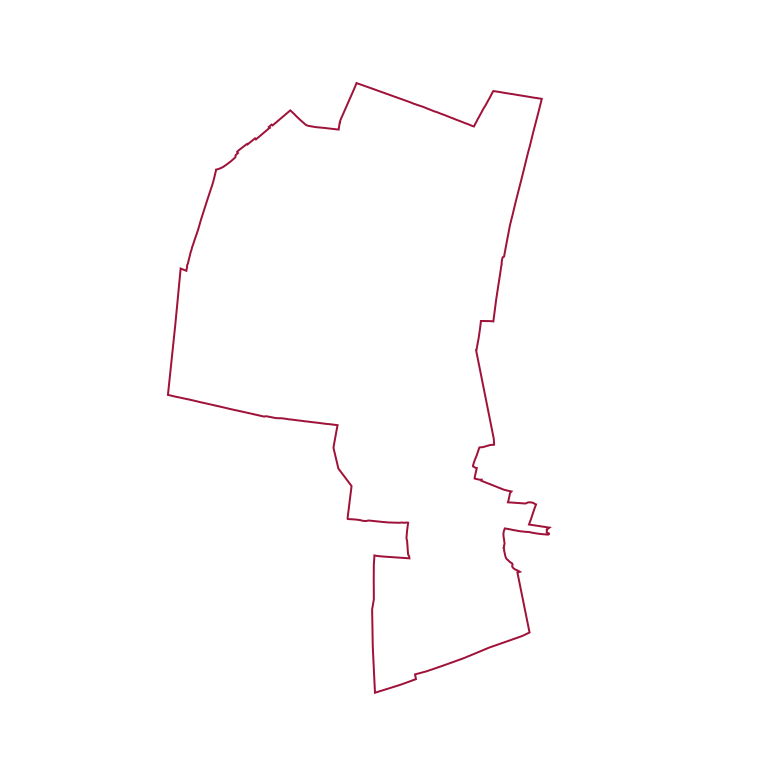 Poiana Mare, Dolj, Romania (Equal Earth projection), rotated 348°
{"feature_id": "2599482B19436472970368", "entity_name": "Poiana Mare", "entity_type": "district", "adm_level": 2, "iso_a3": "ROU", "parent_name": "Romania", "parent_adm1": "Dolj", "projection": "equal_earth", "projection_center": [23.107, 43.895], "detail": "fine", "context": "isolated", "style": "outline", "palette": "rose", "viewbox_px": 768, "rotation_deg": 348, "n_neighbors": 0, "source": "geoboundaries", "source_scale": "gbopen_adm2", "svg_char_len": 5976}
<svg xmlns="http://www.w3.org/2000/svg" viewBox="0 0 768 768"><g transform="rotate(348 384 384)"><path d="M311.0,684.1L320.7,683.2L337.7,681.6L353.9,679.3L354.0,674.5L365.6,673.9L383.6,671.7L405.3,668.7L432.0,663.7L466.2,659.3L466.5,659.3L474.7,657.3L475.3,596.1L477.8,595.9L476.7,594.9L475.3,593.8L473.7,592.6L472.7,591.6L471.9,590.5L471.6,589.7L471.6,589.2L471.5,588.9L471.6,588.4L471.8,588.1L472.0,587.9L472.1,587.7L472.2,587.2L472.2,586.8L472.2,586.6L472.1,586.4L472.0,586.2L471.9,586.0L471.6,585.7L471.0,585.1L470.5,584.6L470.1,584.2L469.8,583.8L469.5,583.4L469.2,582.8L468.7,582.1L468.2,581.5L467.8,581.0L467.5,580.4L467.1,579.4L466.9,577.2L466.9,575.6L466.9,574.9L466.9,574.4L466.9,573.8L466.9,573.4L466.8,572.8L466.9,571.9L467.0,571.3L467.1,570.8L467.2,570.5L467.1,570.1L466.9,569.8L466.9,569.6L466.9,569.4L466.9,569.2L467.1,569.1L467.2,568.8L467.3,568.6L467.5,568.4L467.5,568.1L467.7,567.6L467.8,567.2L467.8,566.9L468.3,566.3L468.6,565.6L468.8,565.0L468.8,564.0L469.1,561.4L469.1,560.4L469.2,559.7L469.2,559.1L469.2,558.4L469.2,558.0L469.3,557.3L469.4,556.9L469.5,556.0L469.8,555.1L470.3,553.5L471.8,550.9L472.2,550.4L478.1,552.8L479.7,553.6L481.0,554.1L482.0,554.4L482.9,554.8L484.3,555.5L485.1,555.8L486.2,556.2L487.4,556.6L492.6,558.3L494.7,558.8L495.5,559.1L497.6,560.1L502.4,562.0L506.1,563.3L507.7,563.8L511.0,564.8L513.3,565.5L514.3,565.0L514.2,564.4L513.3,564.2L513.1,563.5L512.6,563.3L512.4,563.1L512.5,562.8L512.4,562.6L512.4,562.4L512.5,562.2L512.6,561.9L512.9,561.1L512.9,560.6L512.9,560.2L513.2,560.0L513.5,560.0L514.2,559.8L514.6,559.4L514.9,559.1L515.0,559.0L515.5,559.0L515.8,559.0L516.0,558.9L496.6,551.6L499.7,546.7L504.7,538.1L507.7,533.4L507.4,533.2L506.5,532.6L506.0,532.0L504.7,531.0L504.6,530.9L503.4,530.5L503.0,530.4L502.6,530.2L502.0,530.0L501.5,529.9L500.9,529.9L500.5,529.8L499.5,529.9L498.9,530.1L498.1,530.3L497.6,530.2L497.1,530.2L489.4,528.0L483.5,526.3L482.3,526.0L480.6,525.5L480.7,525.3L481.2,524.5L481.8,523.2L482.2,522.3L483.6,519.2L484.0,518.2L484.5,517.1L485.2,516.4L486.3,515.6L484.5,514.8L481.8,513.6L480.3,512.8L479.4,512.4L459.1,498.9L459.6,497.9L456.8,497.3L456.2,496.8L455.3,496.4L454.3,496.1L453.0,495.2L454.0,492.6L457.3,485.5L455.9,484.9L455.7,484.7L455.2,484.2L453.9,483.0L454.0,482.6L455.6,479.5L456.9,477.4L459.7,473.3L463.8,466.4L464.0,466.2L464.2,465.9L466.1,466.1L467.5,466.3L469.2,466.2L470.8,466.1L474.2,465.8L475.2,465.8L476.6,465.9L478.9,466.3L479.0,466.3L479.2,465.7L480.0,460.2L481.1,370.0L481.5,370.0L486.3,358.3L488.9,351.3L490.3,347.3L491.2,344.7L491.9,342.5L497.2,343.7L501.5,344.7L504.0,345.5L504.4,344.3L510.2,327.8L511.0,325.5L515.8,312.7L519.6,302.8L523.5,292.3L523.5,292.2L523.8,291.8L523.9,291.7L524.0,291.4L524.2,291.0L524.2,290.7L524.1,290.4L524.2,289.9L525.7,286.1L525.8,285.8L526.0,285.5L526.3,284.9L526.8,284.6L527.5,284.4L527.8,284.4L528.0,284.2L531.6,275.4L540.2,254.9L545.5,244.1L550.0,234.6L557.3,219.8L562.1,210.1L564.4,205.4L569.7,194.4L573.1,187.4L575.7,182.4L579.5,174.6L581.8,169.8L585.9,161.6L588.5,156.4L592.4,148.6L594.2,144.9L596.7,139.8L597.6,137.9L596.4,137.4L590.2,135.1L582.9,132.2L577.7,130.2L575.6,129.4L570.6,127.4L567.6,126.3L559.9,123.3L558.8,122.8L551.9,120.2L551.7,120.3L551.5,120.5L550.4,121.8L549.3,123.1L547.5,125.3L546.4,126.6L544.7,128.5L543.0,130.5L541.1,132.8L539.9,133.9L538.0,135.9L535.9,138.5L534.1,140.5L533.5,141.3L532.0,143.0L530.9,144.2L530.5,144.7L528.6,147.1L527.5,148.3L526.2,150.0L525.5,150.8L523.8,149.8L521.2,148.0L519.6,146.9L517.2,145.5L516.0,144.6L509.8,140.6L506.8,138.6L504.8,137.3L502.4,135.7L500.3,134.3L498.2,132.9L495.7,131.4L492.8,129.4L492.3,129.2L491.6,128.7L489.7,127.7L487.3,126.0L484.5,124.2L483.5,123.5L480.0,121.1L477.4,119.6L475.9,118.7L474.3,117.8L472.3,116.5L471.6,116.2L468.6,114.1L439.0,95.8L422.4,85.6L421.0,84.8L419.7,83.9L419.2,84.7L415.4,90.2L398.7,113.4L397.7,114.7L396.9,115.9L396.2,116.9L395.7,118.0L395.2,119.3L395.0,119.2L392.5,125.7L378.2,120.9L370.5,118.5L363.5,115.7L361.6,114.5L357.2,108.6L353.4,103.1L353.2,102.6L350.7,98.9L350.0,98.0L349.4,97.2L349.2,96.9L328.8,107.9L328.0,106.9L324.8,108.6L325.6,109.7L324.7,110.0L309.6,118.1L308.9,116.9L300.3,121.3L300.0,120.7L298.6,121.3L291.7,124.6L288.7,126.2L288.6,126.7L289.2,127.7L287.3,128.8L286.5,129.3L286.3,129.6L286.0,130.9L285.6,131.4L283.8,132.5L279.8,134.7L275.0,136.9L271.9,138.2L269.7,138.8L266.7,139.3L264.3,139.4L264.3,139.7L264.0,140.3L259.8,149.1L257.9,152.7L249.5,167.1L245.5,174.1L239.1,185.3L234.1,194.7L229.2,202.8L226.5,207.5L225.0,209.9L224.6,210.6L223.5,212.9L221.7,216.0L221.0,217.6L219.1,221.4L217.3,225.3L216.1,226.9L216.0,227.2L215.9,227.8L215.8,228.4L215.6,228.9L215.4,229.3L214.5,231.4L214.2,232.2L209.1,228.8L191.9,283.5L170.4,349.7L176.0,352.4L192.2,359.6L200.4,363.5L204.1,365.2L220.8,372.9L228.6,376.6L237.9,380.8L259.6,390.8L260.2,391.0L261.0,390.9L261.9,391.0L264.9,392.2L270.0,394.4L271.0,394.8L272.1,395.2L273.1,395.3L274.4,395.7L275.5,396.0L276.0,396.0L281.5,397.9L283.1,398.6L284.1,398.9L285.9,399.5L287.5,400.0L288.6,400.4L289.6,400.8L295.5,402.8L299.6,404.3L300.8,404.6L302.2,405.1L304.4,405.9L311.9,408.4L318.9,410.9L322.8,412.1L330.0,414.6L328.5,418.2L322.5,432.8L321.3,435.9L321.8,457.2L330.9,476.7L331.0,477.0L330.9,477.3L330.8,477.8L324.6,495.7L323.3,499.5L321.2,505.5L320.4,508.1L320.4,508.3L320.5,508.5L320.9,508.7L321.4,508.8L325.4,509.9L328.2,510.7L333.0,512.4L333.2,512.6L333.5,512.8L334.0,513.1L336.6,514.0L337.7,514.3L338.2,514.3L338.6,514.3L339.2,514.3L340.2,514.3L341.1,514.5L341.8,514.7L354.1,518.7L360.1,520.5L370.0,522.9L371.5,523.1L372.2,523.1L372.9,523.3L373.7,523.6L374.7,523.9L377.8,524.3L378.8,524.7L377.4,528.5L376.0,532.5L374.1,538.8L373.9,539.8L373.9,540.7L374.0,542.2L372.6,552.1L372.2,555.3L372.2,555.5L372.2,556.1L372.3,556.3L372.3,556.5L372.6,557.0L372.8,557.5L372.8,558.0L372.7,558.4L372.6,558.8L372.6,559.8L349.4,553.2L346.3,552.3L340.8,550.5L339.0,549.7L336.4,559.0L333.5,572.2L329.3,592.5L325.5,602.1L318.4,638.6L314.1,664.9L311.0,684.1Z" fill="none" stroke="#9f1239" stroke-width="2"/></g></svg>